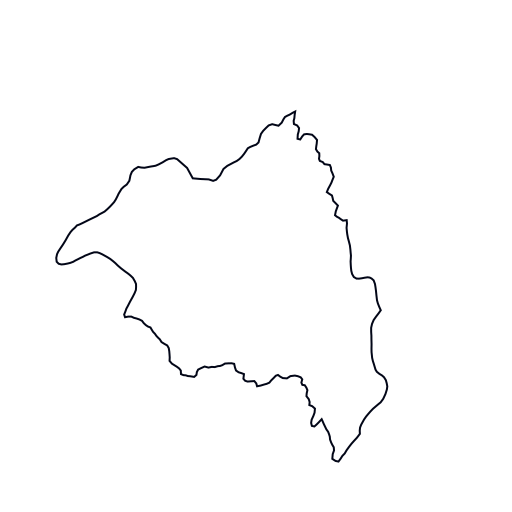 Guapé, Minas Gerais, Brazil, rotated 27°
{"feature_id": "56859067B82067875224037", "entity_name": "Guapé", "entity_type": "district", "adm_level": 2, "iso_a3": "BRA", "parent_name": "Brazil", "parent_adm1": "Minas Gerais", "projection": "equal_earth", "projection_center": [-45.915, -20.744], "detail": "fine", "context": "isolated", "style": "outline", "palette": "ink", "viewbox_px": 512, "rotation_deg": 27, "n_neighbors": 0, "source": "geoboundaries", "source_scale": "gbopen_adm2", "svg_char_len": 4648}
<svg xmlns="http://www.w3.org/2000/svg" viewBox="0 0 512 512"><g transform="rotate(27 256 256)"><path d="M429.3,367.3L427.7,364.5L426.6,361.6L426.3,358.5L426.4,355.6L426.5,352.6L427.0,349.0L427.7,345.9L428.5,342.7L429.6,339.0L431.0,335.6L432.3,332.5L433.5,329.8L434.2,325.5L434.0,320.2L433.2,315.5L432.2,312.6L430.2,310.0L428.1,307.7L425.1,305.9L422.4,305.2L419.5,305.0L416.2,304.3L414.1,303.0L411.9,300.7L409.9,298.6L407.8,296.5L405.7,294.0L404.1,291.5L402.6,289.2L400.9,286.0L399.1,282.3L396.6,277.7L395.0,274.6L393.1,271.4L391.2,267.7L390.2,263.8L389.9,259.6L390.5,255.5L391.3,251.2L391.8,247.7L388.7,245.2L386.1,242.9L383.9,240.5L381.3,236.6L378.6,232.4L376.6,229.5L374.7,226.9L371.9,224.3L369.2,223.6L367.1,223.6L365.1,224.3L362.7,226.0L360.4,227.8L358.1,229.4L355.8,230.5L352.7,230.3L349.8,228.4L347.6,225.9L345.9,223.3L344.4,220.8L342.7,217.8L341.7,215.4L340.4,212.5L338.9,210.2L337.3,207.6L334.9,204.0L332.1,200.8L329.8,198.3L327.5,195.3L326.0,193.1L323.9,189.8L322.3,185.7L320.5,182.9L317.5,185.0L314.8,184.7L312.5,184.3L310.3,184.3L307.9,183.8L306.8,179.9L306.1,173.9L302.9,172.8L299.8,171.8L298.1,169.7L296.2,167.6L292.8,167.3L290.1,166.9L289.8,163.4L289.9,159.3L289.9,156.4L289.6,153.7L289.3,150.1L286.7,147.7L284.2,145.7L282.6,143.2L280.5,141.4L277.3,142.4L275.3,143.1L272.8,142.0L269.7,142.3L268.0,140.8L267.1,138.2L265.7,135.7L263.3,135.1L260.9,133.6L259.9,130.9L259.1,128.4L257.7,124.9L254.2,123.4L250.9,122.5L248.1,123.4L245.9,124.2L243.6,125.8L242.9,128.4L242.5,132.1L239.8,132.7L238.1,128.8L237.4,125.4L236.3,122.5L233.4,121.0L229.9,121.2L228.2,118.5L227.6,115.8L226.4,112.8L225.3,109.5L223.7,111.7L221.8,114.8L220.1,116.9L218.7,119.0L218.4,121.8L218.4,125.5L216.9,129.7L213.7,130.5L210.6,131.2L208.0,133.9L206.8,137.3L205.6,141.1L205.0,144.9L205.8,149.5L206.7,153.7L205.6,156.7L203.6,158.8L201.3,161.5L199.8,163.7L199.4,167.4L199.0,170.5L198.3,173.9L197.2,177.2L195.7,180.1L193.7,182.7L189.5,188.7L187.5,193.2L187.4,200.4L185.9,206.1L183.7,208.5L179.1,209.2L171.6,212.6L164.4,215.5L154.6,208.8L141.7,205.5L138.6,206.0L136.1,207.8L134.1,209.3L132.4,211.4L130.3,214.9L127.6,218.7L125.6,221.1L123.8,222.5L121.7,224.0L119.0,226.1L116.6,228.0L113.5,229.3L110.6,230.1L108.2,234.0L107.2,237.4L107.5,241.1L108.3,243.9L109.0,246.5L108.4,251.0L106.7,254.4L105.7,257.4L105.3,262.8L105.4,265.6L105.4,269.3L105.1,272.4L104.3,275.4L103.5,278.2L102.3,281.7L100.9,285.2L99.1,287.8L97.6,289.9L96.1,292.6L94.2,295.1L92.6,297.2L91.0,299.3L89.0,302.0L86.4,305.5L84.3,308.2L82.6,310.0L81.8,312.9L80.6,316.0L79.9,318.8L79.4,323.0L79.2,328.6L78.8,333.5L78.2,338.3L77.8,342.0L77.9,344.7L78.9,348.4L81.0,351.6L83.7,352.5L86.4,351.9L88.8,350.4L91.5,348.3L93.6,346.5L95.8,344.1L97.1,342.0L98.9,339.6L100.4,337.5L102.1,335.4L103.6,333.2L105.5,331.1L107.3,329.0L110.0,326.3L112.9,324.8L115.3,324.4L118.2,324.3L121.1,324.4L123.9,324.5L127.5,324.8L131.0,325.5L133.9,326.2L137.0,327.2L139.4,327.8L141.5,328.3L144.2,328.8L146.9,329.3L149.2,329.6L151.3,330.0L153.4,330.5L156.3,331.4L159.5,333.5L161.8,335.4L163.2,338.0L164.4,340.8L164.7,344.3L164.7,348.4L164.5,353.8L164.5,358.7L164.4,361.7L164.8,364.7L165.1,368.0L167.1,370.0L169.8,367.9L172.4,366.6L175.3,366.5L178.0,365.9L180.9,365.5L183.9,365.5L186.5,366.8L189.3,367.6L191.8,367.9L194.4,367.6L196.4,368.9L198.7,370.3L201.3,371.2L203.5,372.4L206.0,373.3L208.1,373.9L210.9,375.6L214.5,375.9L217.5,376.0L220.1,377.7L222.0,380.3L223.6,382.9L225.2,385.6L226.6,388.7L230.0,390.1L235.8,390.6L238.6,391.1L241.0,392.2L242.8,395.3L245.4,395.1L247.6,394.2L249.8,393.9L252.0,393.0L255.8,391.8L256.9,389.0L256.0,386.3L256.0,383.5L258.0,380.8L260.4,377.8L264.3,377.0L266.9,374.9L269.7,373.7L272.0,371.5L273.9,370.3L275.5,368.6L277.2,365.9L280.1,364.2L282.9,362.7L285.5,362.0L287.9,364.9L290.2,367.1L293.3,367.5L296.1,367.0L298.9,366.7L300.5,371.1L303.0,372.1L305.5,371.7L308.1,370.1L311.3,368.2L314.1,369.4L316.1,371.6L318.9,369.4L321.5,366.9L323.5,365.1L325.4,362.8L326.0,360.0L327.1,356.7L328.0,353.7L329.6,352.0L332.3,352.5L335.3,352.6L339.1,351.0L341.2,347.4L344.9,344.9L347.8,344.1L350.9,343.8L353.2,344.9L353.9,348.2L355.8,349.8L358.1,349.0L360.6,350.4L362.7,352.2L363.5,355.3L364.6,358.0L368.0,359.6L370.1,361.8L371.2,364.6L374.3,364.3L377.8,365.2L379.3,369.0L379.7,372.2L379.9,376.6L380.9,379.7L382.9,382.0L385.4,381.4L386.4,378.9L387.5,375.5L388.6,371.6L390.5,373.1L392.4,374.7L394.5,376.3L397.4,378.5L400.1,379.9L402.2,381.8L403.8,383.5L405.3,385.9L407.7,388.1L409.7,389.6L412.1,391.1L413.8,393.8L414.3,397.7L416.1,402.1L419.9,402.5L422.8,401.7L423.4,398.2L423.7,394.9L424.7,391.7L424.9,388.0L425.5,384.1L426.3,379.9L427.3,376.1L428.4,372.2L429.3,367.3Z" fill="none" stroke="#020617" stroke-width="2"/></g></svg>